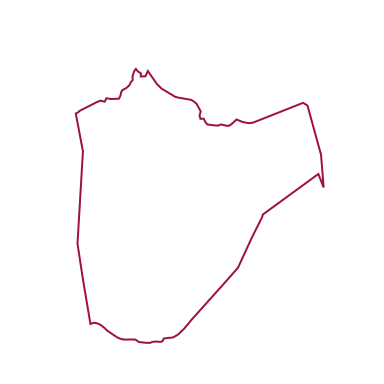 Cuité, Paraíba, Brazil, rotated 343°
{"feature_id": "56859067B4229147506031", "entity_name": "Cuité", "entity_type": "district", "adm_level": 2, "iso_a3": "BRA", "parent_name": "Brazil", "parent_adm1": "Paraíba", "projection": "equal_earth", "projection_center": [-36.09, -6.543], "detail": "fine", "context": "isolated", "style": "outline", "palette": "rose", "viewbox_px": 384, "rotation_deg": 343, "n_neighbors": 0, "source": "geoboundaries", "source_scale": "gbopen_adm2", "svg_char_len": 1291}
<svg xmlns="http://www.w3.org/2000/svg" viewBox="0 0 384 384"><g transform="rotate(343 192 192)"><path d="M103.8,83.0L99.6,121.2L67.4,207.9L62.1,244.1L56.3,288.5L60.0,288.4L62.3,289.5L64.8,291.4L66.5,293.5L68.3,296.0L70.6,300.1L72.5,302.4L74.7,305.2L78.2,309.4L80.2,311.1L82.3,312.5L85.5,313.8L89.3,314.8L92.4,315.8L94.9,316.7L97.3,319.9L99.8,321.0L103.5,322.6L107.8,324.0L110.4,323.8L113.9,324.5L117.9,326.1L120.0,326.1L122.2,323.9L125.7,324.4L128.8,325.1L131.5,325.5L135.1,324.7L138.0,323.8L141.2,322.0L144.3,320.6L146.3,319.2L149.8,317.1L153.3,314.6L198.0,287.6L213.9,277.8L236.2,252.8L251.5,236.8L253.3,234.2L318.1,211.7L319.2,226.2L323.0,209.1L326.3,193.9L327.7,143.1L324.3,139.2L270.6,143.5L266.4,142.8L260.8,139.8L255.8,135.7L249.5,138.7L246.4,139.5L244.2,138.6L239.5,135.9L236.0,136.1L230.3,133.7L226.4,131.9L225.4,129.4L224.6,125.3L221.5,124.5L221.5,121.2L223.9,117.5L222.3,109.4L220.6,106.5L218.1,103.6L206.2,97.6L203.7,96.0L193.1,84.2L190.0,78.4L187.4,70.4L185.2,63.4L181.3,67.7L176.8,66.6L177.8,63.6L175.4,60.7L174.3,57.9L171.9,59.7L169.0,63.9L168.0,67.6L165.5,69.2L163.2,71.7L159.2,73.5L155.2,74.2L153.3,76.0L152.2,78.3L149.5,81.4L141.7,79.4L137.6,77.3L134.9,80.1L131.1,77.9L127.4,78.2L108.9,81.4L106.1,82.6L103.8,83.0Z" fill="none" stroke="#9f1239" stroke-width="2"/></g></svg>